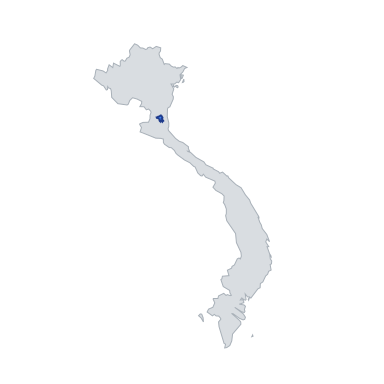 Nhu Xuan, Thanh Hóa, Vietnam (highlighted), rotated 342°
{"feature_id": "81297802B29351066345319", "entity_name": "Nhu Xuan", "entity_type": "district", "adm_level": 2, "iso_a3": "VNM", "parent_name": "Vietnam", "parent_adm1": "Thanh Hóa", "projection": "equal_earth", "projection_center": [105.405, 19.598], "detail": "fine", "context": "in_parent", "style": "filled", "palette": "blue", "viewbox_px": 384, "rotation_deg": 342, "n_neighbors": 0, "source": "geoboundaries", "source_scale": "gbopen_adm2", "svg_char_len": 5402}
<svg xmlns="http://www.w3.org/2000/svg" viewBox="0 0 384 384"><g transform="rotate(342 192 192)"><path d="M225.7,72.0L223.1,72.3L220.4,75.0L216.8,76.8L216.0,81.6L213.0,83.9L211.6,82.8L208.6,83.9L205.4,82.8L206.5,88.4L203.3,92.9L203.7,95.7L202.8,97.9L197.2,104.2L195.6,104.3L194.4,105.3L191.7,112.8L191.3,119.1L190.1,122.6L188.9,124.1L188.6,126.1L192.9,136.0L195.7,140.0L198.5,142.0L202.6,147.9L202.0,149.4L202.3,152.7L200.4,151.8L200.6,152.2L202.9,154.0L206.4,160.3L212.6,167.0L213.6,170.4L219.5,175.9L219.3,176.6L223.6,181.0L224.1,182.7L227.2,182.5L230.1,187.7L231.0,187.7L231.3,189.9L236.1,198.6L240.0,203.1L241.9,211.2L244.3,217.4L244.4,220.9L247.9,236.0L247.7,237.9L247.0,236.0L247.1,241.7L247.7,244.7L247.5,248.5L250.0,255.5L250.4,263.2L248.6,259.9L246.7,262.2L248.1,267.7L246.5,267.2L246.7,274.6L247.4,277.2L247.2,278.2L246.5,276.2L245.8,279.8L246.5,282.2L245.4,284.9L243.9,285.1L243.1,290.7L240.4,291.1L238.5,293.6L236.1,294.6L231.6,299.4L228.7,300.2L227.2,304.1L224.7,304.5L215.2,311.1L214.2,309.5L212.4,308.9L211.1,305.4L210.2,311.0L209.4,311.4L208.0,310.3L206.6,308.1L204.6,309.6L206.8,310.1L207.4,311.6L207.1,313.3L202.3,313.3L206.6,315.5L207.5,317.2L205.5,320.0L205.5,321.9L204.5,322.8L202.1,321.1L197.0,314.9L203.1,323.7L204.1,327.6L202.7,329.4L201.0,329.4L198.1,326.8L193.6,320.6L192.1,319.7L197.4,328.6L198.2,330.6L197.6,332.9L186.7,339.6L183.8,345.9L180.5,349.7L176.9,350.7L174.9,350.4L176.9,347.1L175.7,345.9L176.1,328.4L177.1,323.8L180.1,321.9L180.2,321.0L179.1,318.3L176.6,317.3L175.4,315.3L173.2,316.1L169.3,310.8L171.6,308.5L176.2,308.1L179.4,304.5L179.0,300.4L179.4,299.9L183.7,301.3L185.2,299.0L190.9,298.2L192.4,300.9L193.8,300.5L196.4,302.4L197.5,302.4L196.9,299.7L197.4,297.2L192.5,291.6L192.4,284.2L193.6,283.8L194.9,281.5L201.3,283.0L201.5,277.3L206.1,276.7L207.1,275.1L209.8,274.5L214.4,269.6L216.3,269.3L217.3,270.6L219.1,268.3L219.9,264.5L218.6,253.9L220.6,245.0L216.2,230.1L216.7,224.9L218.0,223.1L219.4,218.8L219.2,214.0L218.5,211.7L219.7,210.0L221.3,205.7L219.8,202.8L215.2,197.9L213.4,193.9L217.0,190.7L217.1,188.7L209.6,182.1L208.3,178.6L206.5,179.9L205.2,179.1L203.4,175.7L202.7,169.2L201.5,168.1L199.0,163.5L194.8,159.3L189.8,152.3L188.7,150.3L188.1,147.1L186.0,143.4L184.1,142.7L180.6,138.1L180.1,136.1L181.1,132.8L178.6,131.2L174.2,129.6L161.2,118.8L163.9,115.1L163.1,111.6L163.4,111.0L167.0,110.7L172.2,112.2L174.7,109.3L175.8,106.1L177.6,103.7L177.7,102.3L176.4,99.7L174.0,99.7L172.7,96.1L168.8,94.7L171.4,92.3L172.2,90.3L168.5,86.6L164.6,84.0L161.1,85.7L158.5,88.8L157.2,89.2L148.8,85.1L144.9,77.2L146.5,70.7L146.5,68.4L144.8,67.3L144.4,65.7L143.2,68.5L142.0,68.5L140.7,63.7L139.2,62.5L133.6,53.6L135.4,51.8L138.1,46.7L139.1,45.8L144.7,49.3L147.1,52.2L149.5,50.2L149.6,49.1L152.5,45.4L155.1,49.2L157.2,45.2L162.2,50.2L163.0,49.3L164.0,45.8L165.4,44.8L166.5,44.6L167.8,46.6L169.0,46.8L171.4,44.7L173.9,44.3L175.6,42.4L176.1,38.5L176.7,37.7L183.2,33.3L185.7,35.6L187.4,39.0L189.7,39.9L192.1,42.2L193.9,41.9L194.5,41.1L196.9,41.2L198.9,43.6L203.0,42.5L206.8,45.2L205.6,48.2L203.7,49.6L203.2,51.1L203.3,54.4L204.8,56.5L205.0,62.1L206.0,61.6L209.9,63.3L211.3,66.0L213.1,67.6L214.6,67.8L215.9,69.9L217.2,69.2L217.8,70.1L220.4,69.8L222.3,68.9L225.7,72.0ZM163.5,311.2L163.7,314.9L162.7,319.1L161.7,314.5L160.0,311.7L162.2,310.5L163.5,311.2ZM219.9,78.2L217.6,80.9L216.8,80.8L217.9,77.1L219.9,78.2ZM210.9,88.2L210.3,88.3L209.0,86.5L209.7,85.6L211.1,86.3L211.4,87.1L210.9,88.2ZM218.6,84.4L217.8,84.9L216.7,84.9L219.1,82.1L218.6,84.4ZM207.2,84.3L208.1,87.1L206.8,85.7L207.2,84.3ZM214.2,310.0L212.4,312.4L212.3,311.3L214.2,310.0ZM205.4,348.1L204.1,348.1L205.5,346.7L205.4,348.1Z" fill="#d9dde1" stroke="#a8b0b8" stroke-width="1"/><path d="M186.9,115.5L186.9,115.4L186.9,115.2L186.8,114.9L186.7,114.9L186.6,114.7L186.4,114.6L186.2,114.5L185.9,114.5L185.9,114.4L186.0,114.2L185.9,114.1L186.0,114.0L186.0,113.9L185.9,113.9L186.0,113.8L186.1,113.7L186.1,113.4L186.1,113.2L186.3,113.1L186.2,113.0L186.3,113.0L186.3,112.9L186.5,112.9L186.6,112.6L186.8,112.3L186.9,112.1L187.1,112.1L187.1,111.9L187.1,111.7L187.0,111.4L186.9,111.3L186.7,111.3L186.7,111.2L186.6,111.3L186.6,111.2L186.5,110.9L186.4,110.9L186.4,110.7L186.4,110.4L186.5,110.4L186.6,110.2L186.6,109.9L186.6,109.7L186.6,109.8L186.5,109.7L186.4,109.7L186.2,109.6L186.2,109.4L185.9,109.3L185.7,109.3L185.4,109.4L185.3,109.5L185.2,109.5L185.1,109.8L184.9,109.9L184.7,109.9L184.7,110.1L184.4,110.2L184.2,110.2L183.9,110.1L183.7,110.0L183.5,109.9L183.4,109.8L183.3,109.7L183.2,109.6L182.9,109.6L182.8,109.4L182.8,109.5L182.7,109.6L182.6,109.8L182.6,110.0L182.4,110.0L182.2,110.1L181.9,110.1L181.7,110.0L181.4,109.9L181.4,110.0L181.2,110.2L181.2,110.3L181.3,110.4L181.4,110.5L181.4,110.8L181.5,110.8L181.8,111.0L182.1,111.1L182.3,111.5L182.5,111.6L182.6,111.4L182.9,111.7L183.0,111.9L183.0,112.0L183.1,112.3L183.3,112.4L183.3,112.5L183.2,112.7L183.2,112.8L183.2,113.0L183.3,113.1L183.3,113.3L183.2,113.3L183.1,113.5L183.1,113.9L183.0,114.1L183.1,114.3L183.1,114.5L183.2,114.8L183.3,114.8L183.4,115.0L183.5,115.2L183.6,114.9L183.7,114.7L183.8,114.6L183.9,114.4L184.0,114.3L184.0,114.2L184.2,113.9L184.3,113.9L184.4,114.0L184.5,114.1L184.6,114.3L184.7,114.5L184.6,114.8L184.8,115.0L185.0,115.4L185.0,115.5L185.1,115.8L185.3,115.6L185.5,115.6L185.8,115.9L185.8,116.0L185.9,115.9L186.0,115.9L186.1,115.7L186.3,115.7L186.3,115.8L186.5,115.7L186.8,115.5L186.9,115.5Z" fill="#3b82f6" stroke="#1e3a8a" stroke-width="1.5"/></g></svg>